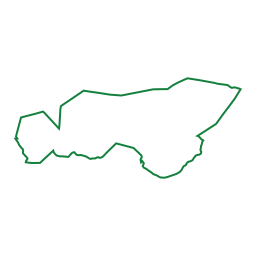 the district of Paulo Ramos, Maranhão, Brazil
{"feature_id": "56859067B18667003723128", "entity_name": "Paulo Ramos", "entity_type": "district", "adm_level": 2, "iso_a3": "BRA", "parent_name": "Brazil", "parent_adm1": "Maranhão", "projection": "orthographic", "projection_center": [-45.411, -4.53], "detail": "fine", "context": "isolated", "style": "outline", "palette": "green", "viewbox_px": 256, "rotation_deg": 0, "n_neighbors": 0, "source": "geoboundaries", "source_scale": "gbopen_adm2", "svg_char_len": 2196}
<svg xmlns="http://www.w3.org/2000/svg" viewBox="0 0 256 256"><path d="M227.3,85.0L217.7,83.8L215.0,83.0L203.4,80.9L202.4,80.7L199.6,80.2L187.6,78.3L184.5,79.6L177.9,82.6L172.9,85.3L169.0,88.1L167.7,89.1L158.8,89.2L155.0,89.3L153.3,89.3L121.3,95.5L113.6,94.9L110.3,94.7L102.7,93.5L95.4,92.4L89.4,91.6L87.9,91.3L83.6,90.7L69.2,100.5L61.6,105.6L60.9,106.2L60.7,107.6L60.3,109.4L60.3,111.1L59.4,125.7L59.0,128.6L57.9,127.4L44.2,112.6L43.0,111.6L35.3,113.8L32.1,114.6L21.0,117.5L16.0,136.4L17.3,138.5L15.4,138.7L16.1,139.7L17.2,141.3L18.0,142.4L18.6,143.6L19.0,144.7L19.6,145.6L20.5,146.6L21.5,148.1L22.7,149.0L23.2,150.8L22.9,152.1L23.0,153.3L26.9,157.5L27.5,158.5L27.1,159.6L26.3,160.4L25.8,162.3L31.6,163.0L40.1,162.9L40.9,162.1L41.7,161.3L53.3,150.6L53.7,152.3L54.8,153.7L55.8,154.7L56.6,155.5L58.2,155.9L59.7,156.3L61.1,156.3L62.4,156.3L63.7,156.5L65.4,156.6L67.0,156.8L68.2,156.9L69.4,155.9L70.1,155.0L71.1,153.8L72.3,152.7L74.2,152.2L75.2,153.3L76.1,154.3L77.2,155.0L78.9,155.2L79.9,155.1L81.2,155.0L82.6,155.5L83.7,155.8L85.2,156.2L86.4,156.6L87.7,157.5L89.1,158.4L90.5,158.9L91.9,158.6L93.5,158.4L95.3,158.4L96.7,157.6L98.3,157.2L99.2,157.8L100.8,157.7L102.7,156.8L106.3,153.0L116.1,143.4L117.8,143.8L126.8,146.2L133.6,148.0L134.8,149.2L137.7,151.9L138.9,153.0L139.7,153.9L140.5,154.6L141.4,155.5L141.8,157.1L141.3,158.0L140.5,159.7L141.1,162.3L142.2,161.0L142.9,161.9L143.8,163.3L143.3,164.8L142.7,166.1L143.8,167.6L146.6,169.1L148.0,170.2L149.4,171.2L151.1,172.2L153.2,174.1L156.5,175.3L158.9,176.7L160.7,177.5L164.8,177.7L168.1,176.8L171.8,175.5L175.9,174.1L178.1,173.0L180.2,171.6L181.7,169.8L182.6,167.9L183.8,166.1L185.0,165.6L186.1,164.8L186.6,163.3L187.8,162.2L188.7,161.6L189.9,161.5L191.7,160.7L192.9,159.7L193.8,158.0L194.7,157.0L195.8,155.5L197.7,154.9L199.5,154.6L200.9,153.5L201.3,152.0L200.6,150.5L200.5,149.3L200.8,148.3L201.1,145.8L201.7,144.6L202.0,143.3L202.2,142.1L203.2,140.4L201.4,139.3L200.0,137.7L198.5,136.2L197.5,135.9L216.1,123.9L221.0,117.1L222.1,115.5L230.0,105.1L234.8,98.6L240.6,89.2L239.1,88.5L237.4,88.2L236.3,87.6L235.0,87.6L233.9,87.3L232.9,87.7L231.6,87.8L230.5,87.1L229.6,86.6L228.5,85.7L227.3,85.0Z" fill="none" stroke="#15803d" stroke-width="2"/></svg>